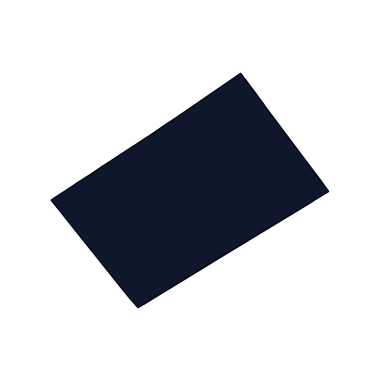 Grindu, Ialomita, Romania, rotated 210°
{"feature_id": "2599482B93740752830620", "entity_name": "Grindu", "entity_type": "district", "adm_level": 2, "iso_a3": "ROU", "parent_name": "Romania", "parent_adm1": "Ialomita", "projection": "natural_earth1", "projection_center": [26.934, 44.758], "detail": "fine", "context": "isolated", "style": "filled", "palette": "ink", "viewbox_px": 384, "rotation_deg": 210, "n_neighbors": 0, "source": "geoboundaries", "source_scale": "gbopen_adm2", "svg_char_len": 1982}
<svg xmlns="http://www.w3.org/2000/svg" viewBox="0 0 384 384"><g transform="rotate(210 192 192)"><path d="M209.2,319.0L210.7,315.8L215.3,306.2L221.3,293.6L227.5,280.7L233.4,268.2L239.7,255.0L240.0,254.5L241.3,251.8L242.5,249.2L243.4,247.4L245.5,243.2L246.0,242.1L247.6,239.0L250.5,233.1L252.6,228.7L256.7,220.1L259.3,215.1L261.6,210.4L267.4,199.1L269.9,194.1L270.2,193.5L275.2,183.7L276.9,180.3L277.2,179.6L277.3,179.2L278.1,177.8L278.3,177.4L278.9,176.4L279.3,175.5L279.9,174.2L280.2,173.8L280.3,173.6L280.7,172.7L281.0,172.3L281.2,171.8L281.6,171.0L282.0,170.3L282.5,169.3L283.2,167.9L283.8,166.4L284.5,165.1L285.1,163.9L285.7,162.6L287.0,159.9L287.8,158.5L288.4,157.2L288.9,156.1L290.0,154.0L291.5,151.2L292.4,149.3L294.3,145.6L294.8,144.8L295.1,144.2L295.8,142.9L296.7,141.2L296.8,140.7L297.4,139.4L299.6,135.0L302.6,128.9L303.8,126.7L304.3,125.7L305.6,123.1L306.8,120.8L307.1,120.1L307.3,119.6L307.5,119.4L309.1,116.2L309.3,115.7L309.6,115.2L309.7,114.9L309.8,114.7L309.7,114.5L309.4,114.4L309.1,114.3L308.8,114.1L307.7,113.7L306.8,113.4L306.6,113.3L305.5,112.9L294.2,108.5L289.1,106.5L287.2,105.7L282.5,103.9L281.2,103.4L271.5,99.5L267.2,97.9L264.8,96.9L263.9,96.6L259.4,94.8L239.6,87.1L234.4,85.0L221.9,80.2L208.8,75.0L200.3,71.7L195.0,69.7L190.6,68.1L187.5,67.1L183.8,65.9L182.2,65.3L181.2,65.0L180.9,65.0L180.6,65.3L180.4,65.8L180.1,66.3L178.1,70.0L177.9,70.4L177.7,70.7L177.5,70.9L177.4,71.0L177.5,71.1L177.2,71.6L176.8,72.2L172.8,79.6L168.2,88.1L141.4,137.3L137.2,145.1L133.9,151.1L133.1,152.5L133.0,152.8L126.6,164.4L121.9,172.9L118.9,178.5L96.9,218.5L82.9,244.1L82.7,244.8L74.1,260.6L74.3,260.9L85.8,266.1L96.9,270.8L115.3,278.6L120.2,280.7L120.4,280.8L127.7,283.9L136.1,287.5L136.5,287.6L141.5,289.8L144.8,291.2L151.9,294.3L161.9,298.5L165.8,300.2L167.2,300.8L169.6,301.8L173.2,303.4L173.5,303.7L180.9,306.9L188.2,310.1L188.4,310.2L194.5,312.8L200.6,315.5L203.6,316.7L208.7,318.9L209.0,319.0L209.2,319.0Z" fill="#0f172a" stroke="#020617" stroke-width="1.5"/></g></svg>